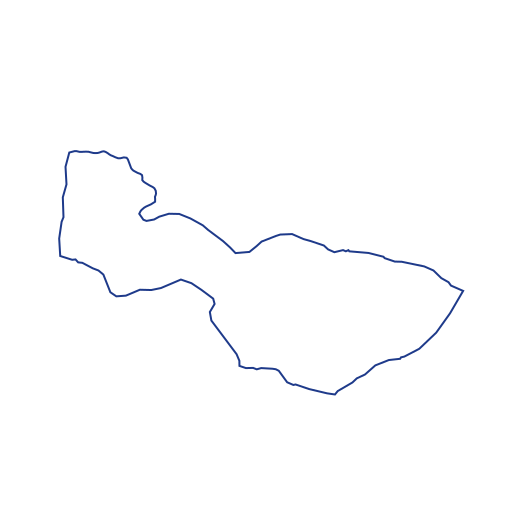 outline of Zaragoza, Chimaltenango, Guatemala, rotated 252°
{"feature_id": "79465075B82010668835108", "entity_name": "Zaragoza", "entity_type": "district", "adm_level": 2, "iso_a3": "GTM", "parent_name": "Guatemala", "parent_adm1": "Chimaltenango", "projection": "natural_earth1", "projection_center": [-90.857, 14.68], "detail": "fine", "context": "isolated", "style": "outline", "palette": "blue", "viewbox_px": 512, "rotation_deg": 252, "n_neighbors": 0, "source": "geoboundaries", "source_scale": "gbopen_adm2", "svg_char_len": 1966}
<svg xmlns="http://www.w3.org/2000/svg" viewBox="0 0 512 512"><g transform="rotate(252 256 256)"><path d="M412.1,110.4L399.7,102.4L382.7,97.9L371.5,90.4L352.4,84.9L348.6,81.7L333.4,74.2L316.5,69.8L309.2,80.0L308.5,83.3L304.9,84.9L303.2,88.7L294.7,97.0L290.9,101.7L285.5,105.1L266.5,106.3L260.8,110.7L258.5,120.0L259.8,135.1L256.0,145.9L254.9,155.7L256.8,177.3L250.1,186.2L240.7,193.6L228.7,202.1L223.2,201.8L217.0,194.8L208.4,193.6L168.6,207.2L161.5,207.8L156.6,206.3L152.5,211.8L150.5,218.6L148.0,221.7L147.8,226.3L143.7,236.8L142.2,239.8L139.8,242.2L126.3,246.6L121.8,251.7L121.6,253.9L113.1,265.3L103.4,281.2L99.9,288.3L102.3,292.0L105.9,308.6L108.5,314.1L109.6,323.0L115.1,335.7L116.0,350.2L113.7,361.3L114.8,362.6L114.5,366.0L117.3,382.6L127.4,403.7L141.5,422.8L158.8,442.2L167.6,432.3L171.6,431.0L177.7,425.4L187.4,420.3L194.1,412.8L205.5,392.8L207.8,386.3L214.2,377.7L215.9,377.0L224.1,364.0L231.6,346.2L233.0,345.7L232.7,342.9L234.7,340.6L235.4,331.7L240.0,326.6L245.0,323.8L253.1,312.9L257.5,306.3L265.7,297.1L268.9,285.7L268.9,281.2L268.0,265.8L265.2,259.6L261.9,251.0L265.1,237.4L272.1,234.0L280.3,229.3L295.6,218.5L301.6,214.9L312.0,205.2L319.7,196.0L323.1,186.2L323.3,176.2L322.2,170.4L323.2,162.7L325.3,160.1L332.2,158.0L334.1,159.8L335.1,161.2L336.5,164.5L337.0,166.7L337.6,172.1L338.8,176.8L341.4,177.7L343.5,178.2L344.8,179.3L346.2,180.2L349.0,180.8L351.8,180.3L353.5,179.1L354.7,177.9L356.0,176.6L357.4,175.4L359.7,173.4L361.4,172.1L363.3,171.3L365.7,172.2L368.1,172.6L369.8,171.4L371.6,169.1L374.0,166.8L375.2,165.7L376.7,164.9L378.1,164.4L380.7,164.3L383.0,164.2L387.5,164.0L389.4,163.3L390.6,160.8L390.9,157.0L391.6,155.0L393.5,152.6L395.3,150.7L396.6,149.1L398.1,147.8L399.7,146.7L401.5,145.1L402.6,143.6L402.9,141.9L402.8,138.9L402.9,137.3L403.4,135.4L404.2,133.2L405.8,130.6L406.9,128.9L407.7,126.7L408.4,124.4L408.8,122.7L409.6,120.3L411.2,117.7L411.8,115.8L411.9,113.9L412.1,110.4Z" fill="none" stroke="#1e3a8a" stroke-width="2"/></g></svg>